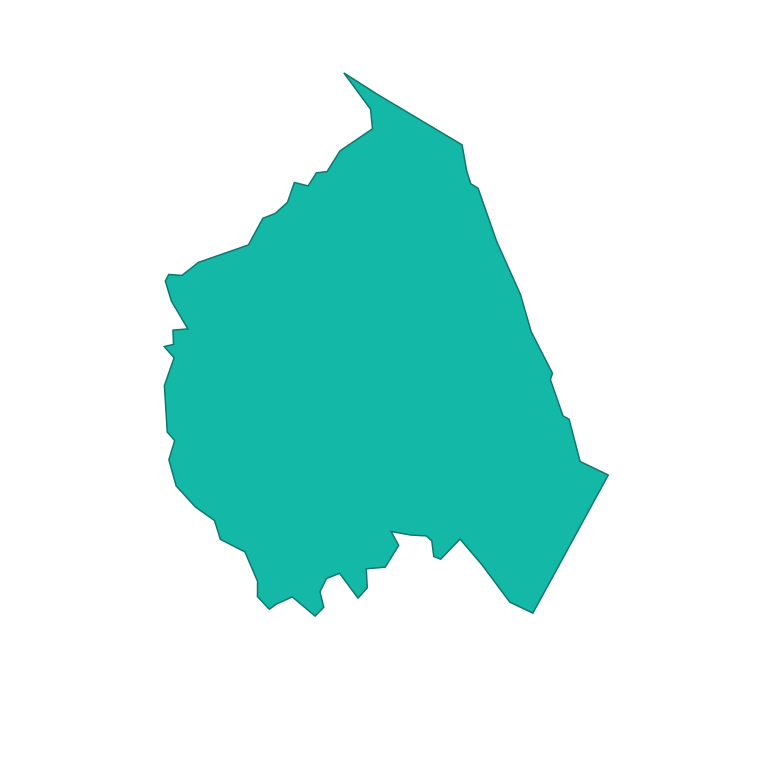 Torodi, Tillabéri, Niger, rotated 209°
{"feature_id": "23599985B58853598919637", "entity_name": "Torodi", "entity_type": "district", "adm_level": 2, "iso_a3": "NER", "parent_name": "Niger", "parent_adm1": "Tillabéri", "projection": "orthographic", "projection_center": [1.533, 13.115], "detail": "fine", "context": "isolated", "style": "filled", "palette": "teal", "viewbox_px": 768, "rotation_deg": 209, "n_neighbors": 0, "source": "geoboundaries", "source_scale": "gbopen_adm2", "svg_char_len": 1023}
<svg xmlns="http://www.w3.org/2000/svg" viewBox="0 0 768 768"><g transform="rotate(209 384 384)"><path d="M287.1,265.0L273.3,271.7L266.2,270.0L256.9,257.3L249.5,258.2L242.3,285.2L210.5,273.3L168.2,254.2L142.7,255.8L143.7,413.1L174.9,411.3L205.0,442.9L212.0,442.9L240.6,468.5L241.8,475.0L280.7,501.2L308.2,528.6L354.4,563.2L396.6,600.8L405.2,601.2L415.3,610.8L431.6,631.0L530.0,634.1L569.9,636.6L529.0,617.8L517.8,601.6L535.5,566.6L536.8,542.1L545.5,536.0L546.4,520.5L560.1,516.8L556.5,496.2L561.8,480.5L570.3,470.2L570.0,439.9L605.3,400.4L613.4,381.0L625.3,375.5L625.2,368.0L610.1,353.4L582.3,337.1L594.7,328.8L587.3,316.6L594.4,310.2L580.3,305.1L575.3,276.1L550.3,236.9L539.7,233.1L535.4,213.4L516.4,194.1L489.3,185.0L466.0,182.4L451.8,168.8L424.2,169.7L399.0,150.2L391.6,136.7L375.1,131.4L371.5,139.2L361.1,153.3L331.7,147.6L328.4,159.5L339.3,171.3L340.0,186.0L331.1,196.9L302.9,184.1L299.8,197.6L309.9,213.8L294.1,224.4L292.9,250.0L306.2,258.4L287.1,265.0Z" fill="#14b8a6" stroke="#0f766e" stroke-width="1.5"/></g></svg>